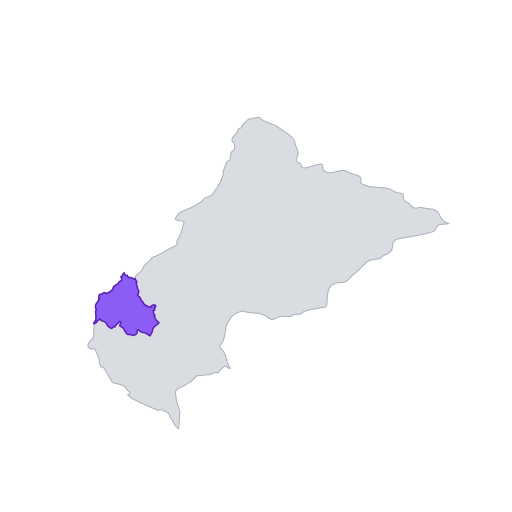 Central African Republic, with Ouham-Pendé highlighted, rotated 337°
{"feature_id": "CAF-805", "entity_name": "Ouham-Pendé", "entity_type": "Prefecture", "adm_level": 1, "iso_a3": "CAF", "parent_name": "Central African Republic", "parent_adm1": "", "projection": "mercator", "projection_center": [16.39, 6.719], "detail": "fine", "context": "in_parent", "style": "filled", "palette": "violet", "viewbox_px": 512, "rotation_deg": 337, "n_neighbors": 0, "source": "natural_earth", "source_scale": "10m", "svg_char_len": 8399}
<svg xmlns="http://www.w3.org/2000/svg" viewBox="0 0 512 512"><g transform="rotate(337 256 256)"><path d="M347.7,195.7L352.0,196.8L352.8,198.2L351.6,202.5L352.4,205.3L354.9,207.6L357.3,208.5L359.7,209.1L367.9,210.5L371.3,212.1L375.8,217.2L381.5,221.9L382.9,224.3L382.6,226.6L380.9,229.3L381.2,230.4L383.8,233.1L386.8,235.9L392.2,239.0L401.7,243.8L406.0,247.1L407.5,249.5L409.9,252.2L413.3,254.6L415.5,256.5L414.0,261.8L414.4,263.6L415.3,265.1L417.3,267.2L418.0,269.8L420.0,273.2L422.3,274.7L426.2,275.3L428.3,276.8L432.5,279.5L436.7,281.8L438.4,283.4L439.5,284.8L440.5,286.5L440.9,288.1L441.0,291.7L441.8,296.2L444.0,299.2L446.0,301.5L437.6,298.9L436.3,298.8L434.8,299.2L430.4,302.4L429.0,302.8L423.5,302.2L410.0,299.6L399.7,297.2L396.5,296.3L391.0,295.5L387.4,297.1L383.9,302.8L382.9,304.0L377.5,305.6L375.0,305.2L368.8,306.7L359.1,304.4L355.7,304.8L353.0,306.0L346.1,308.6L341.9,310.1L337.0,311.4L332.4,313.5L329.3,314.6L326.2,314.6L323.4,313.4L320.4,312.4L316.8,312.2L313.1,312.8L309.9,315.1L308.6,316.7L305.8,321.0L302.5,328.0L301.3,329.4L300.1,330.1L285.0,326.6L278.6,325.8L274.2,326.9L268.7,324.9L266.3,324.6L265.2,325.2L262.1,324.3L257.1,321.9L252.4,320.9L248.1,321.3L245.5,320.5L243.4,318.2L240.7,313.9L235.8,309.7L229.2,306.3L225.1,303.8L223.5,302.0L219.9,301.1L214.5,300.9L209.3,302.6L201.8,307.9L194.9,318.7L191.0,322.8L187.9,323.9L187.1,326.5L188.7,330.6L189.1,335.4L188.0,343.5L188.4,349.4L186.7,348.4L185.2,345.7L184.4,345.1L179.8,346.4L177.5,347.5L176.2,348.6L175.2,348.8L173.8,347.2L172.6,347.0L170.8,347.3L169.0,347.2L167.8,347.0L167.0,347.2L164.9,346.3L157.0,344.0L155.6,343.2L154.1,343.3L150.0,345.3L147.8,345.9L141.3,347.1L134.3,347.7L131.6,347.7L129.8,348.6L128.6,349.8L126.5,357.3L125.9,358.6L126.0,360.5L125.4,366.5L125.6,368.4L117.3,384.8L115.9,382.1L115.0,378.9L114.7,375.2L114.9,374.2L114.4,373.1L113.7,370.1L114.3,368.1L113.8,366.1L112.2,364.1L110.7,362.6L109.8,361.2L109.1,360.6L107.5,360.4L105.3,359.7L96.1,350.0L86.4,339.1L84.4,335.6L83.6,333.6L86.0,333.3L86.6,333.0L86.6,332.0L85.2,329.2L84.5,325.7L83.3,323.5L79.5,320.2L75.9,317.7L74.7,316.4L74.1,314.5L72.7,302.7L72.1,299.4L70.9,297.9L70.1,297.3L69.8,296.4L70.0,294.3L70.4,292.5L70.4,291.7L71.4,290.1L71.4,279.2L70.2,277.7L68.1,277.7L66.9,276.1L66.0,274.1L66.2,272.7L68.3,270.5L69.7,269.6L73.8,267.9L75.0,267.0L75.7,265.9L76.2,264.5L78.6,258.9L82.1,253.3L83.6,252.1L87.2,243.9L88.1,241.8L88.7,239.7L89.8,238.0L93.7,235.2L96.7,230.3L99.9,230.5L103.2,231.3L107.4,231.7L110.7,230.8L112.8,228.8L123.0,225.6L123.8,222.9L125.4,221.5L127.3,220.3L127.9,220.2L128.0,221.0L129.2,223.8L131.5,226.5L134.9,229.5L135.9,229.3L138.0,227.0L143.3,225.6L144.7,225.0L148.5,221.7L153.0,219.6L155.7,218.9L160.2,216.7L163.5,217.0L168.8,216.6L177.5,215.6L183.9,215.2L187.1,214.8L187.9,214.4L189.1,211.2L190.0,210.3L192.4,209.0L197.1,204.2L200.1,200.2L201.1,198.7L201.7,198.5L203.0,196.8L201.7,195.0L196.5,191.4L196.6,190.9L196.3,190.3L196.5,189.8L198.5,188.4L201.2,186.7L204.1,186.1L211.6,186.2L217.9,185.9L219.4,185.9L224.4,185.1L227.8,184.3L231.3,182.6L239.1,182.8L245.7,178.4L247.6,177.6L248.5,176.9L248.7,176.3L251.8,174.5L255.2,170.9L258.0,167.7L258.7,165.4L266.2,157.6L268.8,157.8L270.0,156.8L273.0,151.6L273.9,150.7L277.0,149.8L278.4,148.2L279.7,145.9L279.7,143.1L279.1,140.8L279.1,139.7L279.8,138.7L281.0,137.7L286.7,134.9L288.1,133.6L289.0,132.3L290.6,132.1L292.3,132.2L293.4,131.5L294.6,130.2L298.6,128.5L302.2,127.2L306.0,127.7L312.9,129.5L315.0,133.2L316.0,134.5L324.5,143.2L326.2,145.3L330.4,151.7L333.0,156.0L336.0,162.1L336.3,165.5L335.9,168.3L335.3,176.5L334.5,178.8L330.7,183.2L330.6,185.1L331.4,186.8L332.5,187.4L333.2,188.2L332.8,192.0L334.1,193.5L336.9,194.5L344.0,195.2L347.7,195.7Z" fill="#d9dde1" stroke="#a8b0b8" stroke-width="1"/><path d="M128.0,220.0L128.0,220.3L128.1,220.5L128.0,220.8L127.9,221.7L128.0,222.3L128.3,222.7L128.8,223.1L129.1,223.2L129.4,223.3L129.7,223.4L129.9,223.6L130.0,224.1L130.0,224.4L129.8,224.7L129.8,225.0L129.9,225.7L130.2,226.0L131.4,226.3L132.0,226.7L132.7,227.2L133.8,228.4L134.4,229.5L134.8,229.8L135.5,229.7L135.8,229.5L136.0,230.3L136.0,230.5L135.8,231.5L135.8,231.9L136.1,232.4L136.3,232.7L136.3,232.9L136.3,233.1L136.2,233.3L136.1,233.5L135.6,233.8L135.4,233.9L135.3,234.1L135.2,234.4L135.2,234.7L135.1,234.9L134.9,235.2L134.9,235.5L134.8,235.9L134.7,238.0L134.6,238.3L134.1,239.6L134.0,240.0L134.3,240.8L134.4,241.2L134.5,241.8L134.4,242.1L134.4,242.4L134.2,243.0L134.0,243.3L133.7,243.5L133.5,243.8L133.3,244.2L133.2,244.3L132.8,244.5L132.6,244.5L132.4,244.6L132.4,244.8L132.4,245.0L132.4,245.5L132.2,245.7L132.0,245.8L131.8,246.0L131.9,246.4L131.9,246.6L132.0,247.0L132.1,247.4L132.3,247.5L132.5,247.7L132.6,247.8L132.7,248.0L132.8,248.7L132.9,248.9L133.1,249.1L133.2,249.4L133.1,251.5L133.2,252.3L133.3,252.7L133.8,253.7L134.0,254.8L134.0,255.9L134.2,256.8L134.3,257.1L134.6,257.2L134.8,257.4L134.9,257.6L135.1,258.5L135.2,258.8L135.3,258.9L135.4,259.0L135.5,259.0L136.0,259.1L136.3,259.3L136.5,259.7L136.8,260.5L137.0,260.8L137.2,261.0L137.5,261.0L137.8,261.2L137.9,261.4L138.0,261.5L138.3,261.7L138.6,261.8L138.8,261.9L139.0,261.8L139.2,261.7L139.4,261.7L139.7,261.7L139.8,261.6L139.9,261.2L140.0,261.0L140.1,260.9L140.3,260.9L140.4,261.0L140.6,261.1L141.0,261.0L141.3,261.0L141.5,261.1L141.8,261.2L142.1,261.1L142.3,260.9L142.6,260.9L142.8,261.0L143.0,261.2L143.2,261.4L143.3,261.5L143.7,261.6L143.8,261.7L144.0,261.8L144.1,262.0L144.1,263.1L144.0,263.3L143.9,263.5L143.7,263.6L143.4,263.4L143.2,263.5L142.9,263.7L142.7,263.9L142.5,264.3L142.4,264.3L142.2,264.3L141.9,264.4L141.8,264.6L141.8,264.9L141.9,265.1L142.0,265.3L142.0,265.5L141.9,265.6L141.8,265.8L141.7,266.1L141.4,266.2L141.2,266.2L140.9,266.4L140.7,266.4L140.5,266.2L140.4,266.2L140.2,266.2L140.1,266.3L139.9,266.5L139.8,266.8L139.7,267.1L139.6,267.4L139.6,268.0L139.5,268.4L139.5,269.4L139.5,270.4L139.6,270.6L139.6,270.8L139.8,271.1L139.8,271.3L139.5,271.7L139.4,271.8L139.2,271.8L138.9,271.7L138.7,271.8L138.5,272.1L138.5,272.3L138.5,272.5L138.7,273.5L138.9,273.8L139.0,274.1L139.0,274.3L139.0,274.6L139.0,274.8L139.2,276.5L139.3,276.8L139.4,277.0L139.5,277.1L139.8,277.4L139.9,277.6L140.0,277.8L140.1,278.1L140.2,278.6L140.3,279.1L140.6,279.4L139.9,279.7L139.6,280.0L139.4,280.1L139.1,280.3L137.5,280.5L133.9,281.7L132.7,282.6L132.2,283.3L131.6,284.3L131.2,284.8L129.5,286.4L128.1,287.5L127.0,288.0L126.4,287.0L125.8,286.2L125.1,284.9L124.7,284.3L123.3,283.1L121.2,281.6L120.2,280.6L119.8,279.9L119.5,279.4L119.5,278.9L119.2,278.3L118.8,278.0L118.4,277.9L118.0,277.9L117.6,278.0L117.4,278.3L116.8,279.8L116.5,280.2L116.1,280.6L115.6,280.9L115.0,281.2L114.4,281.3L113.8,281.4L113.1,281.2L112.6,281.2L112.0,281.2L111.7,281.1L111.4,280.8L110.5,279.9L109.7,279.3L109.0,279.0L108.4,278.7L108.0,278.5L106.8,277.5L106.5,277.1L106.4,276.7L106.5,275.5L106.4,275.2L106.1,274.6L105.9,274.0L105.8,271.4L105.7,270.7L105.3,270.0L104.8,269.1L103.8,268.0L103.4,267.4L103.3,267.0L103.4,266.8L103.7,266.4L105.2,264.9L105.6,264.4L105.6,263.9L105.3,263.3L104.9,263.0L104.6,262.9L104.4,263.1L104.1,263.3L103.5,263.6L103.2,263.8L101.1,264.4L99.3,265.3L98.8,265.7L98.5,266.1L97.9,266.0L97.6,265.9L96.7,265.6L96.0,265.8L95.5,266.2L95.0,266.3L94.4,265.9L93.6,265.1L92.9,264.0L92.8,263.8L92.9,263.6L92.9,263.4L92.8,263.2L92.5,263.0L92.3,262.8L92.3,262.6L92.2,262.3L92.1,261.9L92.1,261.6L92.0,261.3L92.0,260.5L91.8,259.2L91.6,258.7L91.4,258.2L90.9,257.4L90.1,256.5L88.4,255.1L88.1,254.8L88.1,254.5L88.2,253.8L88.2,253.5L88.1,253.1L87.8,253.0L85.0,253.8L82.9,254.9L82.6,255.0L82.3,255.0L81.5,255.1L80.8,255.0L80.3,255.0L80.6,254.3L81.0,253.8L81.5,253.5L83.3,252.6L83.6,252.3L83.9,251.9L84.3,250.6L85.0,249.3L85.9,246.8L86.4,245.0L86.6,244.4L86.9,243.9L87.2,243.7L87.9,243.4L88.1,243.1L88.2,242.8L88.0,241.1L88.1,240.8L88.2,240.5L88.6,239.8L89.2,238.4L89.8,237.9L90.3,237.5L92.5,236.2L93.9,235.2L94.0,235.0L94.3,234.5L94.4,234.3L94.6,234.3L95.2,234.3L95.3,234.2L95.4,233.8L94.8,233.3L94.9,232.9L96.5,230.7L96.7,230.3L97.7,230.6L98.8,230.7L100.9,230.4L102.2,230.5L103.7,231.9L104.8,232.3L105.9,232.2L109.7,231.3L110.3,231.1L111.2,230.5L111.6,230.1L112.3,229.2L112.7,228.8L113.2,228.5L113.8,228.3L115.7,228.0L116.7,227.7L117.4,227.7L118.0,227.6L118.6,227.3L119.6,226.5L120.2,226.2L122.8,225.9L123.1,225.6L123.3,225.2L123.3,223.2L123.4,222.6L123.9,222.2L124.2,222.2L124.4,222.4L124.7,222.5L125.1,222.3L125.3,222.1L125.7,221.3L125.9,221.0L126.3,220.7L126.8,220.4L128.0,220.0Z" fill="#8b5cf6" stroke="#5b21b6" stroke-width="1.5"/></g></svg>